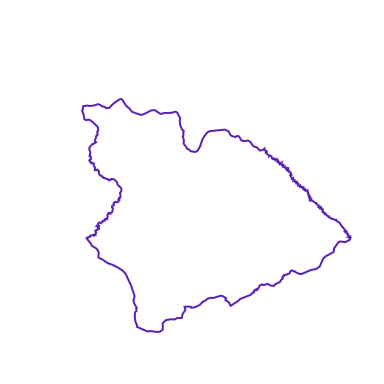 Sikhio, Nakhon Ratchasima, Thailand, rotated 150°
{"feature_id": "78962969B49546338706429", "entity_name": "Sikhio", "entity_type": "district", "adm_level": 2, "iso_a3": "THA", "parent_name": "Thailand", "parent_adm1": "Nakhon Ratchasima", "projection": "orthographic", "projection_center": [101.558, 14.904], "detail": "fine", "context": "isolated", "style": "outline", "palette": "violet", "viewbox_px": 384, "rotation_deg": 150, "n_neighbors": 0, "source": "geoboundaries", "source_scale": "gbopen_adm2", "svg_char_len": 5903}
<svg xmlns="http://www.w3.org/2000/svg" viewBox="0 0 384 384"><g transform="rotate(150 192 192)"><path d="M79.2,71.8L78.7,72.2L79.1,72.6L78.8,72.9L77.0,73.4L77.8,73.4L78.6,74.2L77.9,74.0L78.3,74.9L77.6,74.9L78.5,75.9L78.0,76.6L78.1,77.7L78.6,77.7L78.3,78.7L79.0,80.1L78.1,79.6L77.8,80.5L79.1,81.5L78.4,82.3L78.8,82.6L78.8,85.5L79.4,87.0L79.6,91.5L81.4,95.1L81.1,95.9L82.1,96.2L83.0,97.9L84.7,99.0L84.6,99.7L85.9,101.5L85.6,102.0L86.2,102.2L86.0,103.0L87.0,104.1L87.0,105.5L88.1,106.3L87.8,107.1L88.4,108.2L87.9,108.2L88.8,109.3L88.0,110.1L88.3,111.1L87.4,111.5L88.2,112.9L88.0,113.5L89.0,113.5L88.7,114.0L89.2,113.8L89.6,114.5L89.5,115.0L89.1,115.0L89.4,115.3L88.8,115.3L89.6,116.6L89.1,117.3L90.2,119.0L90.4,120.1L90.0,120.4L90.6,120.8L92.2,124.5L92.6,124.5L92.7,125.5L93.4,125.5L93.6,126.0L93.8,125.5L94.3,125.7L93.9,126.5L92.5,126.9L93.1,127.5L92.2,128.5L92.7,128.7L92.4,128.9L93.0,129.7L92.9,130.8L92.6,131.6L92.1,131.4L92.3,132.7L91.7,133.2L91.9,134.1L91.4,134.9L91.8,135.4L91.4,135.9L92.7,136.1L92.7,136.9L93.3,136.7L93.7,137.4L93.3,137.6L93.6,138.2L93.3,138.5L93.7,138.6L93.8,139.2L93.3,140.2L94.3,140.0L94.3,141.5L94.8,141.6L94.9,142.3L95.7,142.3L95.2,143.3L95.7,143.2L96.0,144.3L96.9,144.4L95.8,146.0L96.4,146.6L96.2,147.7L96.9,147.5L96.7,147.9L97.2,147.7L97.5,148.3L97.1,148.9L97.9,149.7L97.5,150.4L98.4,150.8L97.4,151.3L98.3,152.6L98.0,153.0L98.5,153.2L97.9,153.7L98.5,153.8L98.8,154.6L98.3,156.4L98.7,157.1L98.1,157.3L98.4,157.5L98.1,158.0L97.4,157.4L96.8,159.3L97.3,160.9L98.0,161.1L97.9,162.2L98.5,162.5L98.6,163.1L97.4,163.0L97.3,163.4L98.2,163.5L97.4,164.2L99.1,165.0L99.0,165.8L98.5,165.8L99.0,166.1L98.8,166.7L99.4,167.2L99.0,167.7L100.3,168.3L99.6,169.2L100.7,169.3L100.9,171.2L100.0,171.0L100.6,172.0L100.1,172.4L100.9,172.3L101.2,173.1L102.2,172.5L102.2,173.8L101.7,174.1L103.0,175.1L102.9,175.8L101.7,176.1L101.8,176.8L102.4,176.7L102.4,177.5L102.9,177.1L102.4,178.1L103.0,178.1L103.8,179.4L104.2,178.7L104.4,179.6L105.0,179.8L105.0,180.3L105.6,180.2L105.8,180.7L106.0,181.3L105.3,183.2L106.5,184.8L107.1,184.6L106.8,185.0L108.4,188.0L107.7,188.8L108.0,189.1L107.1,189.3L107.0,189.8L107.1,190.4L107.9,190.8L107.7,192.2L108.1,192.7L107.7,193.3L109.4,193.0L112.5,194.0L113.4,198.0L116.1,201.2L116.3,205.1L117.0,207.4L117.9,208.5L121.3,210.0L123.5,212.0L123.4,215.8L123.8,217.2L125.2,218.0L126.8,217.8L129.5,220.5L130.2,222.5L130.0,226.3L132.4,229.6L146.1,235.8L148.8,236.0L154.2,233.8L156.8,232.2L162.1,227.5L166.3,225.0L168.1,224.8L170.0,225.6L172.8,228.1L173.4,230.4L174.7,232.0L174.5,233.7L175.0,237.0L174.7,238.9L173.2,240.7L172.2,244.6L170.6,246.1L169.7,248.2L168.7,248.7L169.4,251.4L168.7,256.1L167.1,259.6L165.1,262.2L165.4,264.4L165.1,267.8L165.8,269.4L166.7,270.1L170.0,270.7L176.6,274.3L179.6,275.0L180.6,276.0L183.2,281.4L184.1,282.0L186.7,283.1L193.2,283.4L196.8,283.9L198.0,284.6L203.8,291.3L204.5,295.7L205.9,299.4L206.3,307.0L206.8,308.0L207.8,308.4L213.1,308.2L217.2,307.6L221.6,306.1L224.3,307.4L225.5,310.0L227.1,311.1L227.8,313.1L229.3,315.0L233.1,315.8L237.5,317.5L239.2,319.1L243.4,320.7L245.5,318.0L246.4,317.4L247.3,313.0L248.8,308.8L247.8,307.2L245.3,306.2L244.3,305.3L242.6,301.2L241.9,297.9L241.3,297.0L241.3,294.3L242.7,291.9L244.0,291.5L245.0,289.0L245.7,288.5L246.3,288.8L250.9,284.5L250.3,283.0L253.3,282.9L254.1,283.3L258.6,281.8L259.6,280.4L260.2,277.6L261.4,275.6L262.8,274.4L262.0,273.4L262.9,271.1L264.1,271.3L265.2,270.5L264.7,269.6L265.2,268.6L264.4,267.9L264.7,267.3L263.8,267.2L262.7,265.7L263.8,264.8L263.7,261.9L264.3,261.4L264.2,260.5L265.2,259.5L263.2,258.7L263.2,258.1L262.5,258.2L262.3,256.1L263.5,254.3L263.3,252.2L262.1,251.3L262.2,250.0L261.7,249.5L261.6,248.4L260.6,247.8L259.9,246.3L258.5,245.5L258.1,243.5L257.1,243.6L256.2,243.1L255.4,243.7L253.3,242.1L252.1,238.0L252.7,235.2L251.5,231.2L251.7,229.6L253.2,227.8L254.7,227.3L256.2,223.7L256.9,223.1L258.1,223.4L258.8,223.0L258.6,222.4L259.2,222.2L259.1,221.4L259.9,221.5L260.7,220.3L262.1,220.5L263.1,221.7L264.6,221.9L265.5,221.4L265.4,220.8L266.1,220.5L266.2,219.8L268.0,219.3L268.4,219.6L268.9,218.8L268.7,217.3L271.2,214.5L273.1,214.6L273.3,214.3L273.5,214.7L274.2,214.6L274.1,215.3L275.0,215.6L276.9,214.2L277.3,212.7L278.8,211.8L279.0,211.0L280.4,212.1L280.8,212.0L280.8,211.4L281.7,211.4L281.9,210.9L282.7,211.5L283.6,211.0L283.9,211.5L286.1,210.3L287.4,212.0L289.4,211.5L289.9,211.0L289.8,210.5L291.4,210.1L289.7,209.1L290.5,208.6L290.8,209.4L291.2,209.3L291.0,208.4L291.7,207.7L290.6,207.4L291.1,206.5L295.1,206.8L295.3,204.6L295.9,204.7L297.0,203.9L297.1,203.1L298.3,203.9L298.7,203.3L299.4,204.2L302.1,205.0L302.8,204.2L305.6,205.0L306.4,204.6L305.9,204.0L306.3,203.6L305.4,197.7L305.6,195.6L303.0,190.7L302.8,188.1L303.0,186.2L305.5,182.5L305.5,181.2L303.5,178.6L300.5,172.4L297.4,168.9L293.7,163.2L291.5,158.9L290.4,154.5L291.5,141.7L293.7,130.6L297.1,127.1L297.7,124.8L297.9,119.0L298.8,118.7L299.6,116.7L301.2,116.4L302.4,115.3L303.0,113.6L303.7,113.3L304.4,111.0L305.2,110.2L306.1,106.4L306.0,105.0L307.0,102.5L300.0,93.2L297.6,92.5L293.1,88.8L289.7,87.1L286.3,87.3L284.6,89.8L283.1,93.0L278.6,94.1L273.3,92.1L272.0,91.0L270.0,90.1L267.9,90.3L263.8,88.0L261.1,91.1L256.7,93.1L255.8,96.3L251.7,94.2L250.3,93.0L250.5,92.1L247.1,90.7L241.9,90.3L237.3,91.6L234.7,91.3L232.3,91.8L229.6,91.3L228.1,90.7L227.0,89.7L218.9,87.8L217.3,86.2L215.6,82.8L217.1,81.8L215.2,77.7L215.5,74.1L206.3,74.6L203.9,75.3L192.4,73.6L191.2,74.3L188.5,74.0L188.2,75.3L186.6,75.6L185.1,75.7L185.4,74.8L184.1,74.6L180.2,77.0L177.6,77.1L176.7,75.7L172.3,74.6L171.0,72.0L167.9,69.7L166.1,70.5L160.9,70.1L158.1,71.5L156.7,71.6L156.8,72.2L155.8,73.5L155.1,73.2L154.1,73.9L154.0,73.4L152.5,73.7L151.5,73.0L150.2,73.3L149.1,72.7L147.5,73.1L146.7,74.2L144.6,74.2L143.7,72.4L142.6,71.9L142.5,71.1L140.2,67.6L138.2,66.2L128.2,65.0L123.0,63.3L118.7,63.6L112.0,68.5L108.6,69.5L99.6,69.2L98.7,69.9L97.3,72.1L90.2,75.3L88.3,75.0L84.2,71.9L79.2,71.8Z" fill="none" stroke="#5b21b6" stroke-width="2"/></g></svg>